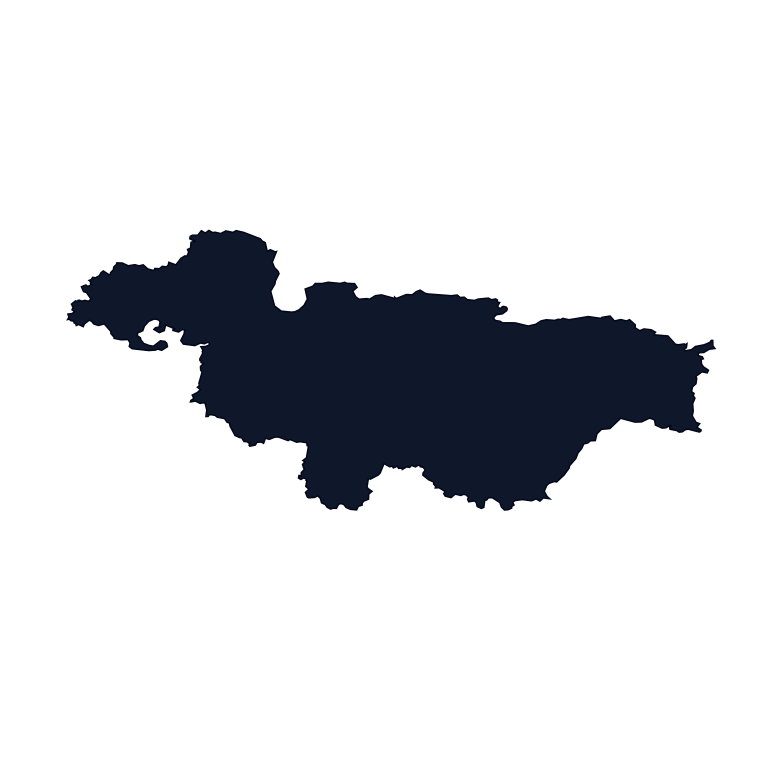 outline of Ifanadiana, Vatovavy-Fitovinany, Madagascar, rotated 278°
{"feature_id": "10022922B31790128040616", "entity_name": "Ifanadiana", "entity_type": "district", "adm_level": 2, "iso_a3": "MDG", "parent_name": "Madagascar", "parent_adm1": "Vatovavy-Fitovinany", "projection": "natural_earth1", "projection_center": [47.619, -21.071], "detail": "fine", "context": "isolated", "style": "filled", "palette": "ink", "viewbox_px": 768, "rotation_deg": 278, "n_neighbors": 0, "source": "geoboundaries", "source_scale": "gbopen_adm2", "svg_char_len": 6123}
<svg xmlns="http://www.w3.org/2000/svg" viewBox="0 0 768 768"><g transform="rotate(278 384 384)"><path d="M284.3,475.4L285.8,478.2L285.7,480.6L283.7,483.4L281.4,482.8L279.1,484.3L280.8,489.7L279.6,491.8L275.7,493.3L274.3,497.7L275.7,500.0L283.0,500.0L283.4,501.8L285.8,503.2L286.5,507.0L282.7,515.2L278.5,517.4L276.0,520.8L276.7,524.2L278.9,527.7L280.5,527.5L282.3,529.6L284.8,527.9L286.8,530.0L288.8,537.0L288.9,546.5L291.4,550.6L289.7,554.7L293.4,557.7L293.4,564.1L295.3,561.2L300.1,557.6L306.2,559.3L308.6,561.3L311.1,566.1L311.0,568.6L318.9,575.0L326.4,579.0L329.0,579.2L336.8,584.3L342.7,585.7L347.7,588.8L352.4,590.1L354.1,594.3L356.5,596.2L357.3,601.1L364.3,601.8L369.4,605.7L371.3,613.9L383.0,623.1L381.2,637.6L381.7,640.8L382.3,644.3L387.1,651.6L386.5,655.8L385.5,657.1L381.1,658.5L379.0,665.6L379.9,669.4L383.0,673.2L382.4,674.3L381.1,672.9L379.0,673.5L378.6,680.6L377.4,682.9L378.1,685.9L380.8,688.9L381.6,691.6L380.3,703.0L381.2,704.2L382.5,704.5L384.8,699.9L388.7,702.1L389.4,698.4L395.3,693.7L400.2,694.0L407.4,692.4L413.3,693.9L415.2,692.0L417.9,692.3L419.2,689.6L424.1,689.9L427.7,692.9L432.9,692.9L435.0,691.8L440.3,697.2L440.0,702.5L442.8,703.4L445.5,697.9L447.9,695.7L452.4,694.6L453.4,696.7L455.2,695.5L455.8,691.6L456.9,690.8L458.8,691.8L459.7,696.3L463.7,701.2L465.2,706.8L467.5,704.4L472.9,703.5L472.8,702.1L470.5,700.8L467.4,695.6L464.5,687.2L460.8,683.7L458.9,678.0L460.3,676.1L462.0,678.4L466.1,678.4L464.9,677.0L465.5,675.7L463.8,670.0L463.9,667.1L471.1,658.5L470.4,645.6L471.2,644.4L473.1,645.7L474.9,641.0L474.7,633.7L472.4,629.9L474.6,624.9L477.6,624.6L481.9,618.2L480.2,615.4L480.8,609.5L478.5,603.4L482.8,598.5L480.4,590.7L479.2,589.5L479.2,576.8L473.4,558.2L473.9,551.9L472.5,550.3L472.3,547.3L470.8,544.4L470.2,535.7L468.4,530.8L464.3,526.0L461.5,518.8L462.8,505.4L461.1,492.8L462.3,490.2L462.4,485.4L464.6,483.1L468.2,485.6L470.0,491.6L473.6,495.2L475.4,495.7L477.1,494.5L477.5,491.9L477.2,490.6L474.5,488.4L476.8,485.6L480.8,487.2L480.8,484.8L483.0,484.6L483.8,482.7L482.4,478.8L483.6,475.4L481.2,465.4L479.4,462.2L479.1,454.9L481.1,451.4L480.3,447.2L482.3,444.2L480.8,438.3L479.3,415.0L479.6,412.0L482.0,406.7L480.0,403.1L476.3,399.6L475.7,393.7L470.8,385.0L470.6,383.7L471.6,382.3L469.6,382.2L470.5,380.5L471.9,369.1L470.3,363.2L466.0,358.0L466.2,355.2L464.5,347.5L466.4,343.9L471.6,340.1L475.9,343.9L479.3,340.9L478.5,333.0L479.3,331.0L477.5,326.7L477.0,314.6L474.9,308.7L474.0,301.9L471.0,300.0L467.1,292.7L457.4,296.3L450.8,293.9L445.6,289.5L443.1,285.7L442.3,282.4L441.9,272.2L446.0,264.8L460.1,258.9L467.8,262.0L471.3,262.2L478.6,264.7L480.9,263.4L484.0,259.4L489.1,256.4L500.2,259.1L499.7,257.9L501.2,252.7L499.1,249.9L507.5,246.7L508.5,243.7L510.6,241.3L514.6,224.0L515.3,216.2L513.1,213.3L513.6,206.1L510.3,201.4L510.8,195.7L510.1,193.3L511.7,189.2L508.6,186.0L510.4,181.8L505.5,178.9L504.6,173.4L503.3,171.6L500.8,171.4L499.0,176.9L497.5,173.2L491.6,173.5L489.9,170.7L487.4,172.2L483.3,171.1L483.1,168.9L480.3,165.5L473.0,161.3L474.6,154.0L471.4,153.7L469.7,152.0L469.7,148.0L467.0,145.6L466.5,141.0L465.3,141.2L464.4,139.2L465.1,134.1L468.5,129.0L466.9,124.9L467.5,120.7L465.5,114.3L467.4,108.0L466.8,102.6L465.0,102.3L462.5,100.2L459.3,100.0L456.2,97.7L454.7,97.9L454.0,96.4L456.9,90.3L454.9,88.3L451.6,87.0L449.0,83.5L449.1,80.6L446.8,79.7L445.5,77.5L444.1,79.9L443.1,79.2L441.5,80.0L439.3,77.1L440.6,75.0L438.2,70.8L433.7,73.6L433.1,76.7L427.4,82.0L424.8,79.9L425.2,76.2L424.0,73.3L424.6,70.6L424.2,69.4L423.1,69.6L423.4,66.9L419.6,63.4L416.4,65.5L414.1,64.7L412.6,67.6L410.4,65.3L409.2,61.2L406.3,62.7L403.8,61.7L404.4,63.4L403.1,65.0L403.0,68.5L401.5,68.5L400.8,70.3L399.1,71.1L400.4,73.4L398.9,78.2L401.6,78.9L406.1,83.1L405.5,85.6L403.0,88.3L402.2,93.2L404.6,98.6L398.0,106.2L396.0,106.5L392.3,110.7L391.6,110.5L391.2,117.7L392.4,124.4L389.2,126.9L385.7,126.5L383.9,129.7L384.4,146.4L385.8,153.0L387.1,155.3L386.4,159.1L390.8,164.4L394.1,163.2L395.7,161.2L395.7,156.6L389.3,150.4L389.5,145.9L390.7,140.5L393.6,137.3L395.9,136.3L397.4,133.2L400.0,132.7L403.2,137.7L408.0,138.7L413.3,142.3L416.3,147.3L416.4,149.8L416.0,152.0L414.4,153.6L409.9,153.4L409.4,154.3L408.0,149.9L406.0,148.5L403.6,154.3L406.3,159.0L412.0,159.5L409.4,169.8L408.8,167.5L407.7,167.5L406.9,173.4L409.8,176.5L409.8,179.1L405.7,179.0L398.8,176.7L395.6,179.7L395.7,191.3L399.1,196.7L398.8,200.4L400.6,203.3L400.4,205.1L399.1,205.7L397.9,204.8L396.3,202.0L395.4,197.5L392.1,200.1L391.1,199.5L389.2,200.2L383.2,198.1L381.5,198.5L381.4,199.8L379.9,199.8L379.0,202.3L375.8,199.8L372.3,200.5L370.5,202.2L359.0,200.6L356.8,201.4L354.8,199.7L352.9,203.0L349.6,200.3L346.3,195.6L343.3,197.7L340.8,195.0L339.3,194.8L340.8,199.7L339.2,204.5L340.3,207.8L339.9,209.6L333.6,212.1L327.0,212.2L327.4,214.4L329.2,215.2L329.5,217.4L329.4,221.1L327.9,223.5L327.6,230.9L324.3,233.9L323.8,236.4L320.9,237.4L312.2,243.7L310.8,248.9L311.2,250.3L307.5,253.4L307.8,256.7L306.8,258.0L307.3,259.3L304.5,258.9L303.7,259.8L305.7,265.2L308.2,266.0L308.8,267.2L309.4,270.6L308.5,273.0L313.8,274.1L313.2,278.1L316.2,283.3L316.8,286.9L314.6,296.9L316.0,298.7L314.2,305.5L315.2,309.1L315.1,315.7L312.3,316.4L311.9,317.8L300.2,317.5L296.9,314.3L296.0,316.5L292.9,314.5L288.2,316.9L284.8,314.4L281.5,314.9L281.6,312.5L279.0,312.4L277.9,314.9L279.7,317.3L279.2,320.3L277.6,320.2L277.4,321.1L271.7,320.8L269.4,324.3L265.7,321.3L261.4,323.8L260.8,325.4L262.0,330.9L264.0,334.1L261.8,336.9L257.6,338.7L256.5,342.6L254.0,344.9L252.7,348.6L253.9,350.7L254.2,354.2L258.5,355.7L259.6,358.0L259.1,361.0L256.5,363.6L255.2,368.3L255.5,374.4L259.3,375.6L261.0,379.2L262.7,378.9L265.2,380.2L267.8,384.7L272.9,384.2L276.0,387.1L278.3,382.6L279.9,381.5L288.1,381.7L287.9,383.8L293.1,391.0L295.3,392.6L305.2,395.1L302.8,401.2L303.8,403.7L302.2,404.9L304.4,408.6L302.5,410.2L303.2,413.5L301.9,414.0L305.0,417.8L305.0,421.0L307.2,422.5L306.3,426.8L308.2,428.9L308.3,431.3L307.2,431.3L306.9,434.5L304.4,436.9L301.6,435.1L299.2,435.1L295.4,441.5L293.8,446.9L291.9,447.0L289.8,449.4L288.2,449.2L288.9,452.9L286.6,458.5L285.2,459.2L283.7,458.4L281.5,460.2L280.8,466.2L284.9,469.9L284.3,475.4Z" fill="#0f172a" stroke="#020617" stroke-width="1.5"/></g></svg>